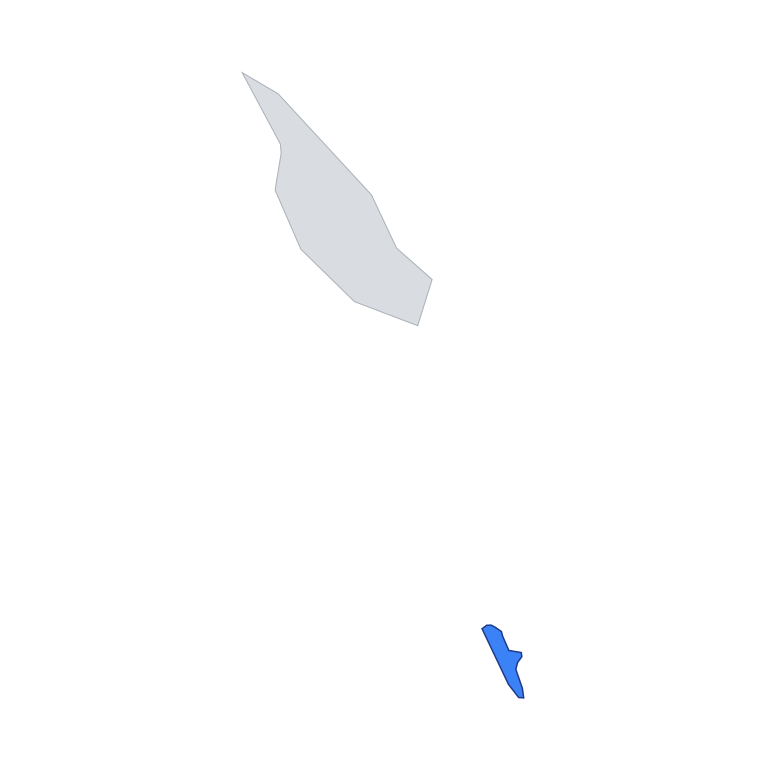 location of Peleliu within Palau, rotated 309°
{"feature_id": "PLW-5258", "entity_name": "Peleliu", "entity_type": "state/province", "adm_level": 1, "iso_a3": "PLW", "parent_name": "Palau", "parent_adm1": "", "projection": "robinson", "projection_center": [134.266, 7.029], "detail": "fine", "context": "in_parent", "style": "filled", "palette": "blue", "viewbox_px": 768, "rotation_deg": 309, "n_neighbors": 0, "source": "natural_earth", "source_scale": "10m", "svg_char_len": 568}
<svg xmlns="http://www.w3.org/2000/svg" viewBox="0 0 768 768"><g transform="rotate(309 384 384)"><path d="M495.5,355.6L450.5,373.5L429.4,309.2L436.4,234.6L466.2,177.3L498.6,158.9L505.3,152.4L536.7,77.9L542.9,119.0L523.1,255.2L497.5,308.2L495.5,355.6Z" fill="#d9dde1" stroke="#a8b0b8" stroke-width="1"/><path d="M255.5,614.2L261.2,615.7L264.1,619.1L265.0,624.2L265.5,631.0L262.5,635.2L255.5,648.7L261.7,659.7L258.8,662.7L251.7,663.1L245.3,665.9L234.6,683.0L228.0,690.1L225.1,686.0L228.9,669.8L255.5,614.2Z" fill="#3b82f6" stroke="#1e3a8a" stroke-width="1.5"/></g></svg>